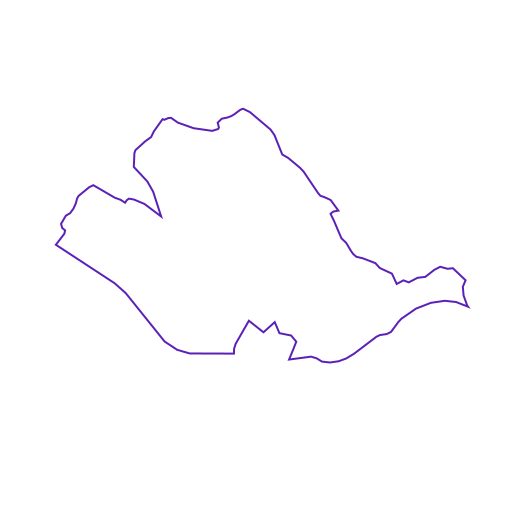 Ventspils, Robinson projection, rotated 234°
{"feature_id": "LVA-934", "entity_name": "Ventspils", "entity_type": "Municipality", "adm_level": 1, "iso_a3": "LVA", "parent_name": "Latvia", "parent_adm1": "", "projection": "robinson", "projection_center": [21.854, 57.3], "detail": "fine", "context": "isolated", "style": "outline", "palette": "violet", "viewbox_px": 512, "rotation_deg": 234, "n_neighbors": 0, "source": "natural_earth", "source_scale": "10m", "svg_char_len": 1615}
<svg xmlns="http://www.w3.org/2000/svg" viewBox="0 0 512 512"><g transform="rotate(234 256 256)"><path d="M90.4,397.7L101.2,390.8L108.8,382.4L115.3,370.0L119.4,354.5L119.8,336.8L118.9,332.2L115.2,320.6L116.0,315.9L119.2,309.8L119.9,306.0L119.3,277.7L120.1,268.6L122.3,260.9L126.4,253.2L131.8,247.3L137.6,244.9L142.2,241.4L152.8,221.9L158.2,230.7L163.0,238.2L171.0,237.7L179.8,229.6L191.5,232.3L189.9,217.2L207.8,212.2L196.9,187.9L193.7,183.6L190.0,180.8L216.1,145.1L226.4,137.1L240.5,131.8L302.5,128.8L317.1,125.6L382.7,100.7L386.7,114.1L388.9,116.6L392.6,115.7L396.6,117.2L400.4,125.9L399.9,130.8L401.6,136.1L404.5,141.2L407.7,145.1L408.9,147.8L409.7,161.6L408.9,166.0L386.0,176.1L381.2,179.4L376.1,181.4L377.1,184.3L377.1,186.9L373.5,190.4L363.8,196.3L343.7,202.5L368.5,210.6L380.2,211.9L399.9,209.5L404.9,213.5L410.7,218.1L412.5,220.7L413.9,233.8L413.9,241.1L416.9,246.7L421.6,260.8L420.1,261.9L419.1,266.2L417.7,268.5L409.8,271.2L396.1,280.6L383.0,294.1L381.0,300.0L381.7,301.5L386.4,303.4L387.2,309.0L384.9,314.1L383.8,317.9L383.6,319.7L383.4,321.5L383.5,328.9L383.2,330.7L382.6,332.2L375.9,335.7L349.7,342.1L343.0,342.0L322.7,336.9L316.3,339.7L301.3,343.5L296.1,344.1L270.3,343.2L266.8,343.5L263.5,345.9L257.4,349.3L244.3,349.3L246.4,344.9L246.5,342.9L246.3,341.1L238.8,339.8L220.1,335.5L213.6,336.7L204.1,335.8L200.6,335.8L196.4,336.7L191.3,341.1L180.0,348.4L173.5,349.1L161.8,355.6L150.7,353.4L149.6,361.0L144.9,364.1L143.4,373.9L139.6,380.7L140.0,392.2L139.0,398.7L133.0,403.5L130.4,408.1L113.2,411.3L109.5,405.2L102.0,400.7L91.6,397.7L90.4,397.7Z" fill="none" stroke="#5b21b6" stroke-width="2"/></g></svg>